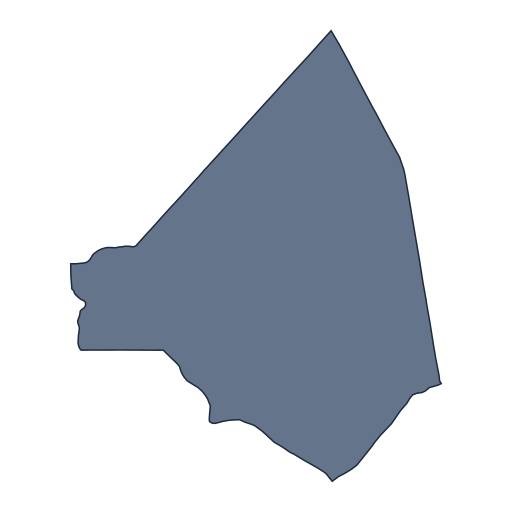 Dujis, North-Eastern, Kenya
{"feature_id": "3690345B59068653601742", "entity_name": "Dujis", "entity_type": "district", "adm_level": 2, "iso_a3": "KEN", "parent_name": "Kenya", "parent_adm1": "North-Eastern", "projection": "mercator", "projection_center": [39.729, -0.425], "detail": "fine", "context": "isolated", "style": "filled", "palette": "slate", "viewbox_px": 512, "rotation_deg": 0, "n_neighbors": 0, "source": "geoboundaries", "source_scale": "gbopen_adm2", "svg_char_len": 3578}
<svg xmlns="http://www.w3.org/2000/svg" viewBox="0 0 512 512"><path d="M70.7,263.8L70.9,276.2L71.9,289.0L73.1,290.0L73.9,291.3L74.3,292.6L74.9,293.8L75.7,294.8L76.7,295.8L77.6,296.6L78.9,297.8L80.4,299.0L81.7,299.8L82.8,300.3L84.5,301.3L85.5,302.7L85.6,303.9L85.6,305.3L84.9,306.7L84.0,308.0L82.7,308.9L81.2,310.0L80.2,311.3L80.0,312.7L79.9,314.0L79.6,315.4L79.0,317.3L78.5,318.5L78.1,319.5L77.7,321.0L77.8,322.4L78.2,323.9L78.8,325.7L79.2,327.1L79.3,328.5L79.2,330.0L79.0,331.7L78.8,333.2L78.5,334.7L78.4,336.7L78.3,338.2L78.2,339.3L78.1,341.0L78.1,343.2L78.4,344.9L78.7,346.2L79.4,347.8L80.2,349.2L81.0,350.1L122.1,350.0L163.3,350.2L164.8,351.7L166.2,353.1L170.1,356.9L174.0,360.6L175.4,361.9L176.7,363.2L178.1,364.8L179.4,366.4L180.0,368.3L180.6,370.2L181.2,371.9L182.0,373.5L183.0,375.3L184.0,377.0L185.6,378.9L187.2,380.8L189.2,382.1L191.3,383.4L194.5,385.4L197.8,387.3L199.9,389.2L202.0,391.1L203.7,393.2L205.4,395.3L206.5,397.2L207.6,399.0L208.4,401.0L209.2,403.1L209.7,404.2L210.3,405.7L210.2,406.9L210.1,408.2L209.9,410.8L209.7,413.0L209.5,414.9L209.4,416.9L209.3,418.3L209.3,419.7L209.4,421.1L210.2,422.1L211.4,422.8L212.9,423.3L214.7,423.4L217.1,422.9L219.2,422.4L221.2,421.8L223.2,421.3L226.0,420.8L228.8,420.3L232.9,420.0L237.1,419.8L238.8,419.7L240.2,420.0L242.0,420.8L243.7,421.6L245.4,422.3L247.2,422.9L249.6,423.7L252.0,424.5L253.1,425.0L254.1,425.4L255.2,426.0L256.1,426.7L257.6,427.8L259.1,428.8L260.6,430.0L262.1,431.1L263.2,432.1L264.3,433.1L265.7,434.3L267.1,435.6L268.1,436.6L269.2,437.6L271.7,439.9L274.2,442.2L275.3,442.9L279.0,445.0L282.3,447.0L286.1,449.6L290.2,452.4L292.1,453.3L293.6,454.0L295.2,454.9L296.8,455.9L299.8,457.7L302.7,459.5L307.4,462.2L312.2,464.9L314.8,466.4L317.5,467.9L319.1,468.9L320.7,469.9L322.7,471.2L324.6,472.5L325.7,473.3L326.7,474.3L327.9,475.9L329.2,477.6L330.1,478.7L331.1,479.9L332.2,481.3L338.8,476.4L343.1,474.2L347.4,471.8L352.4,468.6L356.9,465.1L371.4,447.0L375.2,441.7L380.6,435.1L391.3,423.9L396.4,416.6L399.3,412.3L402.1,408.7L406.8,403.4L409.8,398.4L412.6,394.9L416.7,393.3L422.1,392.5L425.3,391.0L429.5,387.5L434.0,386.3L437.8,385.2L441.3,383.6L439.6,380.8L439.0,375.1L437.7,368.5L435.9,359.3L433.5,345.1L430.0,322.9L426.7,304.4L426.1,300.0L422.9,282.1L419.4,259.6L415.5,236.9L411.7,214.5L408.7,196.3L404.8,174.1L403.7,169.3L399.6,157.3L395.0,149.0L384.1,128.8L375.8,112.9L373.3,108.6L361.3,86.0L352.8,69.8L349.8,63.9L338.9,43.9L331.1,30.7L326.4,35.9L325.4,37.0L319.4,43.7L318.6,44.6L316.4,47.1L312.5,51.4L308.2,56.3L297.2,68.1L284.7,81.7L273.5,94.2L264.7,103.7L253.1,116.5L242.6,128.0L239.6,131.4L231.0,140.9L219.1,153.9L215.5,157.9L213.2,160.4L212.3,161.4L211.4,162.3L209.2,164.8L206.6,167.7L205.8,168.5L204.3,170.1L197.8,177.6L196.8,178.6L193.9,181.8L188.6,187.8L187.8,188.8L186.8,189.8L184.7,192.0L183.9,193.0L183.0,194.0L180.7,196.5L177.4,200.1L176.3,201.3L174.3,203.5L173.1,204.8L171.9,206.0L169.4,208.7L168.5,209.7L167.7,210.7L166.8,211.7L165.9,212.6L163.9,214.8L161.3,217.7L154.7,225.1L148.1,232.3L147.3,233.2L144.9,235.8L140.7,240.5L139.1,242.3L138.0,243.4L137.3,244.3L136.2,245.7L133.9,246.7L132.2,246.7L129.6,246.3L128.5,246.2L126.9,246.2L125.3,246.2L124.0,246.4L122.0,246.8L120.2,246.9L118.9,247.0L117.8,247.2L116.5,247.6L115.2,247.8L113.8,247.7L112.3,247.6L109.1,247.5L107.9,247.5L106.5,247.7L105.2,247.9L103.8,248.3L101.8,248.9L100.8,249.3L98.6,250.4L97.4,251.1L95.2,252.7L94.3,253.4L93.2,254.4L92.1,255.8L91.3,257.4L90.5,258.7L89.8,259.7L88.9,260.6L87.9,261.5L85.8,262.6L83.8,263.0L82.7,263.1L80.6,263.3L79.5,263.4L77.1,263.7L70.7,263.8Z" fill="#64748b" stroke="#1e293b" stroke-width="1.5"/></svg>